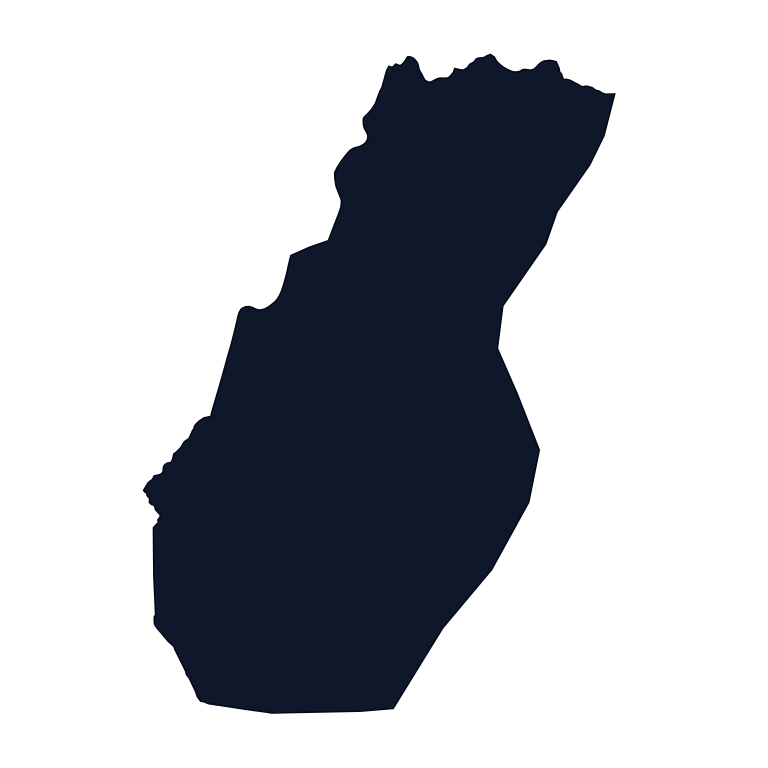 the district of Obuasi East, Ashanti, Ghana, rotated 177°
{"feature_id": "2480657B26017273678273", "entity_name": "Obuasi East", "entity_type": "district", "adm_level": 2, "iso_a3": "GHA", "parent_name": "Ghana", "parent_adm1": "Ashanti", "projection": "mercator", "projection_center": [-1.604, 6.179], "detail": "fine", "context": "isolated", "style": "filled", "palette": "ink", "viewbox_px": 768, "rotation_deg": 177, "n_neighbors": 0, "source": "geoboundaries", "source_scale": "gbopen_adm2", "svg_char_len": 4233}
<svg xmlns="http://www.w3.org/2000/svg" viewBox="0 0 768 768"><g transform="rotate(177 384 384)"><path d="M138.4,661.6L147.6,661.8L148.7,662.2L150.5,663.0L151.8,663.8L152.9,664.7L154.3,665.4L155.9,665.8L157.7,666.7L158.7,667.5L159.8,668.5L161.1,669.3L163.1,669.9L165.1,670.6L167.1,670.9L168.8,670.5L169.9,670.5L171.2,670.8L172.1,671.3L173.1,671.9L174.1,672.8L176.1,673.9L182.1,677.5L183.9,678.1L185.6,678.6L187.5,678.7L189.0,678.9L190.1,682.7L190.6,684.6L191.5,685.5L192.3,686.7L192.4,688.2L192.8,690.6L193.7,693.0L195.1,696.7L197.0,697.5L199.1,698.0L201.8,698.6L204.0,698.3L205.6,698.3L207.5,698.1L209.3,697.3L211.3,696.2L213.1,694.7L215.4,692.4L217.3,690.9L219.0,690.1L221.1,689.8L223.3,690.1L226.2,690.7L228.2,690.8L229.7,690.4L231.3,689.4L233.9,688.8L236.4,688.7L238.7,689.0L241.4,690.1L244.8,691.9L248.0,694.0L250.3,695.9L252.6,698.1L253.6,699.3L254.6,700.5L255.9,702.9L256.7,704.8L258.3,705.9L259.4,706.7L260.5,707.6L262.1,706.9L264.5,706.2L267.0,704.8L268.5,704.6L269.8,704.5L272.1,704.6L273.7,704.2L274.9,703.8L276.1,702.3L277.0,701.2L278.4,700.3L280.3,699.5L281.5,698.9L282.7,697.5L283.2,696.5L285.2,694.9L288.2,693.4L290.2,693.6L291.2,693.7L296.9,695.4L297.1,694.2L297.9,693.2L298.1,691.9L299.3,690.5L300.7,689.1L302.3,687.6L303.5,686.6L305.0,686.2L306.5,686.2L309.0,686.3L311.9,686.6L314.4,686.2L316.8,685.2L318.8,684.3L320.4,683.5L321.7,683.2L323.2,683.0L325.5,684.0L327.4,685.6L328.4,687.5L329.3,689.5L330.3,691.9L331.3,693.7L332.2,695.6L332.6,696.9L332.9,699.0L333.3,700.9L333.9,703.2L335.5,705.4L336.7,706.9L338.1,708.1L340.0,709.1L341.6,709.5L343.2,709.5L344.4,708.1L345.8,706.0L347.4,704.0L348.9,702.5L350.3,701.5L351.4,701.2L352.8,701.6L354.2,702.4L355.3,702.9L356.2,702.4L357.3,701.2L358.5,700.2L360.3,700.0L361.6,700.6L362.4,701.1L364.8,697.3L367.0,690.8L368.9,685.1L370.5,680.3L371.4,678.8L373.2,675.7L374.6,672.4L376.3,668.4L377.8,664.9L379.6,662.2L382.2,658.7L385.2,655.7L387.7,653.4L390.4,650.9L390.9,648.8L391.0,646.3L390.8,642.7L390.1,640.1L388.1,636.0L387.5,634.8L387.1,631.6L387.8,628.8L390.1,625.6L392.5,624.0L396.0,622.4L399.1,621.8L401.5,621.2L402.8,620.8L405.7,619.0L407.6,617.3L411.8,612.7L415.6,608.1L419.3,602.9L422.2,597.8L422.3,591.0L421.8,586.7L421.6,584.3L420.2,579.9L418.4,574.4L417.0,570.2L417.1,566.8L417.9,562.5L420.2,556.8L424.5,547.2L427.9,539.5L432.1,530.0L451.0,524.6L470.3,517.2L473.3,507.3L474.3,503.5L475.5,499.1L479.0,488.5L481.9,481.3L484.1,477.2L486.2,474.3L488.3,472.0L491.2,469.9L494.9,467.3L498.9,465.3L500.8,464.9L502.2,464.6L505.0,464.4L507.8,465.3L511.6,467.4L514.9,468.4L517.6,468.5L520.9,467.4L523.0,466.0L524.9,463.0L526.3,459.1L528.0,453.0L530.4,444.8L533.6,434.5L535.9,427.6L539.9,416.0L540.7,413.6L544.0,403.6L548.0,391.8L552.8,378.3L553.8,375.3L556.1,368.8L558.0,363.3L558.3,360.9L560.4,360.4L565.4,359.7L570.8,356.5L573.1,354.5L574.7,352.8L575.7,351.3L576.0,349.9L576.3,348.8L577.6,347.7L578.7,345.4L580.0,342.9L581.7,339.7L585.1,337.7L586.7,336.4L588.1,334.6L589.2,332.6L590.8,330.6L593.0,328.6L595.1,326.8L596.5,325.9L597.4,325.3L598.1,323.3L598.8,320.8L599.8,318.4L600.6,317.2L602.3,316.4L603.8,316.6L605.3,316.0L606.8,315.1L608.2,313.5L608.9,311.1L609.1,309.0L609.6,307.4L611.1,306.0L612.1,305.4L614.8,304.8L616.7,304.6L617.9,304.4L618.8,303.7L619.2,302.5L620.6,300.6L622.5,299.4L624.6,297.8L626.2,295.6L627.3,293.9L628.3,292.5L629.6,290.5L629.0,289.2L627.7,288.1L626.7,287.1L626.5,286.1L626.5,285.1L626.1,284.4L625.1,283.4L624.1,281.4L624.2,280.4L624.5,278.1L623.8,277.2L622.8,276.1L621.5,275.5L620.5,275.1L619.7,274.5L619.3,273.3L619.1,271.9L618.7,270.5L617.4,268.7L616.3,267.3L615.2,266.2L614.5,264.9L614.4,264.1L614.7,262.9L615.6,261.6L617.0,260.1L616.6,257.7L621.8,252.5L622.7,232.2L623.9,204.3L624.2,165.5L625.6,163.6L625.9,158.1L625.6,156.2L625.0,154.5L623.9,152.8L613.0,138.3L607.5,132.8L606.7,129.8L601.1,116.9L597.0,107.3L596.5,104.0L594.2,101.1L590.4,91.9L588.2,86.6L586.8,81.5L583.7,76.8L580.8,76.2L577.4,74.6L576.0,73.9L559.0,70.5L538.9,66.3L526.2,63.9L517.2,62.2L513.6,61.3L489.9,60.6L462.8,59.7L437.9,58.9L423.8,58.5L417.2,58.7L391.8,59.5L338.0,137.4L286.2,193.0L245.6,258.4L232.4,310.0L251.6,367.6L268.9,413.6L261.2,455.9L215.2,515.3L202.1,547.2L167.0,592.2L151.3,620.5L138.4,661.6Z" fill="#0f172a" stroke="#020617" stroke-width="1.5"/></g></svg>